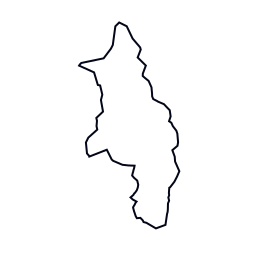 the district of Ife North, Osun, Nigeria, rotated 165°
{"feature_id": "59680162B27814311157346", "entity_name": "Ife North", "entity_type": "district", "adm_level": 2, "iso_a3": "NGA", "parent_name": "Nigeria", "parent_adm1": "Osun", "projection": "orthographic", "projection_center": [4.45, 7.387], "detail": "fine", "context": "isolated", "style": "outline", "palette": "ink", "viewbox_px": 256, "rotation_deg": 165, "n_neighbors": 0, "source": "geoboundaries", "source_scale": "gbopen_adm2", "svg_char_len": 1445}
<svg xmlns="http://www.w3.org/2000/svg" viewBox="0 0 256 256"><g transform="rotate(165 128 128)"><path d="M109.2,232.2L113.9,229.5L121.2,212.1L124.0,209.0L133.5,201.6L138.8,201.9L156.3,202.9L158.1,201.8L159.1,200.9L146.4,190.5L146.0,177.4L143.9,176.3L144.2,166.8L146.9,162.0L147.9,150.3L156.0,145.9L156.1,143.0L157.9,138.0L158.1,134.4L168.8,129.0L172.4,124.9L174.2,114.0L172.8,111.2L172.8,110.4L154.1,112.5L151.9,101.8L150.8,100.1L142.9,93.9L137.2,91.7L131.4,89.9L132.1,88.4L132.8,87.1L133.6,85.9L134.3,84.5L135.1,83.3L135.6,82.3L136.3,81.0L135.1,78.4L132.7,74.8L132.8,70.5L134.0,67.9L135.6,65.6L138.0,63.6L138.9,63.2L140.2,61.9L143.5,60.3L141.9,57.7L138.8,54.7L140.3,53.6L141.3,52.3L142.0,51.7L143.6,50.1L143.7,49.1L143.7,47.1L143.7,45.6L143.6,44.8L143.4,41.1L142.8,38.6L139.3,38.0L137.7,35.1L137.6,34.7L137.3,33.1L134.8,31.7L127.0,23.8L119.5,24.5L116.9,24.7L112.6,34.7L111.4,36.8L110.6,39.0L108.9,44.8L107.1,47.2L107.0,50.5L105.7,52.3L105.4,53.8L105.4,54.4L103.6,59.6L102.6,59.9L97.1,64.1L93.1,68.5L89.6,73.0L91.2,83.4L90.3,88.2L90.9,95.1L84.8,98.0L83.3,101.3L81.8,109.8L82.0,112.9L84.2,118.2L84.8,121.9L86.6,123.9L83.8,128.2L83.1,134.4L85.0,137.8L87.1,141.7L91.8,145.4L92.3,145.8L92.8,146.4L96.1,149.4L96.5,152.2L95.8,155.3L94.8,161.2L95.9,168.1L98.9,172.3L100.3,174.4L99.6,176.7L94.6,183.7L100.4,193.6L95.4,200.5L95.4,202.6L96.1,204.2L97.7,207.5L100.4,213.2L102.9,226.6L109.2,232.2Z" fill="none" stroke="#020617" stroke-width="2"/></g></svg>